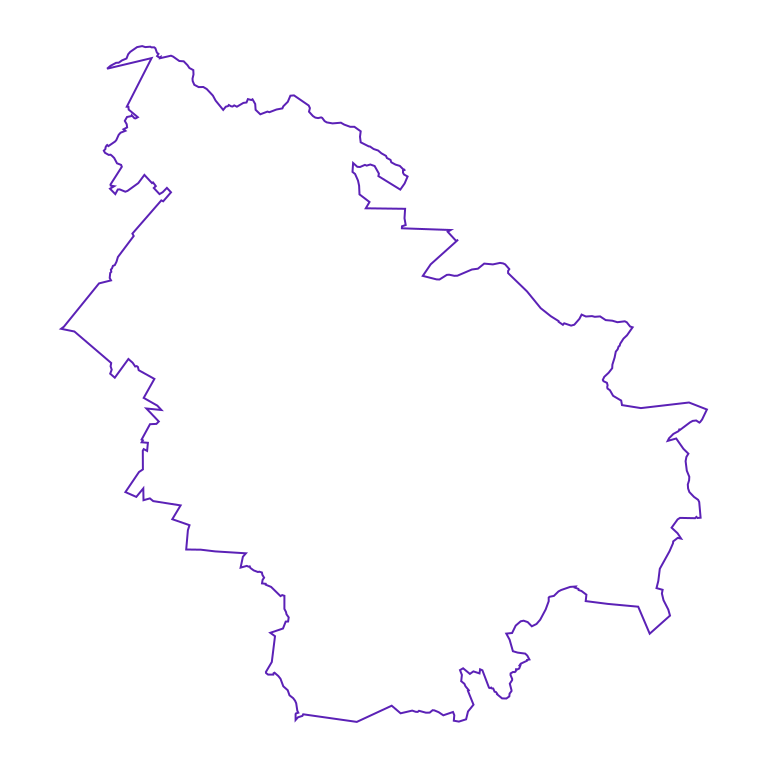 Singuilucan, Hidalgo, Mexico (orthographic projection)
{"feature_id": "50627088B74262052277311", "entity_name": "Singuilucan", "entity_type": "district", "adm_level": 2, "iso_a3": "MEX", "parent_name": "Mexico", "parent_adm1": "Hidalgo", "projection": "orthographic", "projection_center": [-98.495, 19.998], "detail": "fine", "context": "isolated", "style": "outline", "palette": "violet", "viewbox_px": 768, "rotation_deg": 0, "n_neighbors": 0, "source": "geoboundaries", "source_scale": "gbopen_adm2", "svg_char_len": 6082}
<svg xmlns="http://www.w3.org/2000/svg" viewBox="0 0 768 768"><path d="M315.3,117.6L312.9,116.0L309.0,111.7L309.9,108.1L308.7,105.5L294.0,95.4L290.4,95.7L287.8,101.8L283.3,106.3L282.4,108.4L276.5,109.5L269.4,112.2L267.4,111.6L260.3,114.3L255.6,109.8L255.2,104.0L252.5,99.3L251.3,100.0L247.9,99.1L246.5,102.5L243.4,102.9L236.9,106.7L234.2,105.4L232.6,106.5L231.1,106.3L228.8,105.0L228.0,106.1L225.8,106.7L223.2,109.9L215.6,100.6L212.9,95.6L206.7,89.0L203.3,87.0L198.7,87.1L194.3,84.8L192.7,81.1L192.5,78.7L193.5,74.5L193.3,70.1L189.4,68.0L187.5,65.2L183.7,61.3L179.3,61.0L173.1,56.6L171.0,55.7L160.1,58.2L160.5,56.9L159.2,57.5L157.1,56.1L158.5,53.9L156.9,52.6L155.4,48.3L154.2,47.3L151.3,47.3L150.3,46.7L145.3,47.1L142.2,46.1L137.1,47.1L130.3,51.8L128.2,54.2L126.5,58.5L122.0,60.4L118.7,62.7L116.1,62.8L110.5,65.8L107.1,68.7L151.6,58.1L126.8,106.7L128.4,106.8L128.7,109.6L137.8,117.2L135.6,118.4L134.4,118.2L131.8,115.4L131.7,116.0L127.0,117.0L124.8,120.9L126.7,124.2L127.1,127.4L123.5,129.3L125.4,130.8L120.6,132.7L118.7,134.8L116.3,140.1L115.1,141.5L108.4,146.1L107.2,145.0L106.6,145.5L105.6,147.2L105.4,149.0L103.8,150.7L105.0,152.8L108.7,154.9L110.6,154.7L112.2,156.0L114.2,158.0L117.0,163.3L121.1,164.9L121.8,166.8L110.5,184.5L110.7,185.6L114.2,186.2L110.0,188.7L115.3,194.1L117.8,189.5L119.7,189.4L125.3,191.7L127.5,190.9L138.3,183.1L144.4,174.9L152.0,183.1L153.0,182.4L154.4,184.2L155.8,186.1L153.8,188.0L159.5,194.1L162.7,192.2L166.9,187.9L171.0,192.3L163.2,201.3L161.3,200.4L132.4,233.6L133.7,236.0L117.9,257.0L116.5,261.7L114.8,265.1L112.9,265.9L112.0,268.4L110.9,269.6L111.3,271.8L110.2,273.0L109.7,278.0L111.0,280.4L99.0,283.4L63.9,326.7L61.1,328.8L74.4,331.5L111.2,363.0L110.6,366.3L111.7,369.7L110.2,373.7L114.8,377.7L128.4,359.0L132.7,362.8L135.2,366.5L136.7,366.1L137.9,367.0L138.7,370.2L154.4,378.9L143.7,397.9L157.3,405.6L161.4,410.0L146.4,408.5L158.8,421.5L156.4,423.9L150.0,424.2L141.6,439.6L142.9,440.3L141.7,442.3L147.9,442.8L147.1,450.9L143.7,449.1L142.8,450.7L142.9,469.4L139.0,472.0L125.4,492.1L136.3,496.9L143.3,488.4L143.5,500.2L149.9,498.4L153.2,501.1L180.6,505.4L172.3,519.2L189.5,525.2L187.9,530.2L186.2,549.5L200.9,549.7L215.2,551.4L245.9,553.3L242.9,556.7L240.6,567.6L246.8,565.9L248.6,566.7L249.7,566.4L250.4,568.0L253.7,570.4L257.9,572.0L259.3,571.7L261.9,572.5L262.4,574.9L264.1,577.7L262.6,579.8L262.0,583.4L265.7,583.8L265.7,584.7L271.1,586.9L280.5,596.1L282.2,595.1L284.4,595.8L284.4,608.9L286.0,612.0L286.5,614.3L288.7,617.4L288.1,621.5L285.7,621.6L283.0,628.5L270.3,632.8L275.0,636.2L271.8,662.0L265.9,672.0L266.1,673.1L268.1,674.6L273.3,674.6L273.6,673.2L274.5,672.7L278.3,676.0L280.5,678.8L283.3,686.3L287.7,690.2L289.5,695.3L293.2,698.2L295.1,700.8L296.2,703.3L297.3,710.7L298.3,712.7L296.0,713.4L295.6,714.1L295.6,720.0L298.0,717.3L302.4,715.9L303.2,714.3L356.8,721.9L391.7,705.7L400.6,713.3L412.2,710.6L415.7,711.8L417.7,711.9L419.0,710.8L426.0,712.7L429.7,712.6L432.6,710.2L434.4,710.4L438.7,712.2L443.3,715.3L453.0,712.0L454.3,715.2L453.8,720.7L458.9,721.6L466.1,719.3L468.0,711.5L473.5,704.7L467.9,690.8L468.8,690.3L465.5,686.3L464.4,683.8L461.2,681.2L461.9,674.9L460.0,670.1L463.1,668.3L469.9,673.9L473.4,671.4L479.5,673.4L480.1,669.3L482.4,670.3L489.0,687.7L490.0,688.1L491.2,687.6L491.8,688.4L493.2,688.5L494.6,691.7L496.0,692.1L497.2,693.7L497.0,694.2L502.1,698.4L506.4,698.5L509.3,696.4L509.6,693.6L511.5,691.1L511.5,690.2L509.8,683.7L512.1,680.2L512.2,679.0L510.5,675.0L510.6,673.4L513.0,672.0L514.8,672.1L515.7,671.4L516.1,669.2L516.8,669.3L516.7,669.8L519.2,668.5L520.4,665.4L519.6,665.3L520.7,663.7L526.9,660.8L527.0,660.0L529.4,659.5L527.3,655.6L525.2,653.6L517.6,652.6L512.9,651.2L509.6,639.7L506.3,633.6L512.1,633.0L515.7,625.6L520.7,621.3L523.6,620.7L527.7,622.1L531.8,626.3L536.5,624.0L540.2,619.7L545.7,609.4L548.7,601.2L548.7,597.6L549.5,596.8L553.9,595.9L558.5,591.4L561.2,590.0L570.2,586.9L575.7,586.5L574.9,587.6L578.4,588.9L578.6,590.0L581.5,591.0L586.4,594.7L585.7,601.1L607.8,603.9L638.2,606.7L649.7,633.7L670.0,615.6L668.3,609.6L663.5,600.2L661.9,593.5L662.6,589.8L656.5,588.1L658.3,581.0L659.8,568.8L669.5,551.3L673.0,543.3L673.2,541.4L677.7,537.9L681.1,538.6L677.6,533.3L671.6,527.7L677.6,519.4L680.0,517.9L695.1,518.2L696.4,516.9L697.5,518.0L700.6,517.7L699.2,502.0L698.1,499.8L694.0,496.9L689.4,492.1L688.1,488.5L687.8,484.5L689.1,480.3L689.3,476.8L686.8,470.7L685.6,461.2L686.4,456.9L688.4,453.7L683.4,448.8L676.2,438.5L667.7,440.9L669.0,438.3L673.4,433.9L678.6,431.1L679.3,429.5L680.0,429.9L690.0,422.4L692.7,420.9L696.2,420.5L699.4,422.6L700.1,422.1L702.1,419.5L706.9,409.5L689.0,402.5L640.9,408.1L622.0,405.1L621.2,400.6L613.1,395.8L609.9,390.2L607.5,388.5L607.2,387.0L607.6,385.2L606.9,382.8L603.5,381.2L602.8,379.9L604.3,376.8L608.6,372.8L612.2,368.2L612.4,364.6L614.6,357.6L615.8,351.6L617.6,349.4L618.6,346.5L619.7,345.7L620.2,343.7L623.5,338.6L627.0,335.3L632.6,327.3L630.1,326.5L626.8,322.3L624.8,321.3L617.4,322.2L612.3,320.7L605.7,320.1L600.1,316.4L594.8,316.8L592.0,316.1L585.9,316.5L581.6,314.6L579.4,318.9L574.3,324.7L571.1,325.6L564.2,323.3L562.9,324.8L558.6,321.8L558.6,321.1L550.8,316.2L540.7,308.2L527.0,291.4L508.1,273.1L508.1,270.9L509.3,269.1L505.2,264.4L503.1,263.4L500.0,262.9L492.9,264.4L484.2,263.6L477.9,268.7L471.9,269.5L457.4,275.7L454.3,275.8L449.1,274.7L446.8,274.9L439.5,279.5L436.6,279.4L422.8,275.9L430.7,264.3L458.1,239.7L456.2,241.0L447.7,231.8L450.7,230.0L401.9,228.3L402.0,226.3L405.7,225.0L404.5,218.3L405.1,208.8L365.8,208.3L369.5,202.0L359.5,194.4L359.1,185.7L358.0,180.6L355.1,174.0L352.5,171.9L353.1,163.0L357.3,166.8L360.0,167.0L364.9,164.9L366.7,165.6L370.3,164.5L374.6,166.0L378.9,173.6L378.4,176.1L400.3,189.6L404.6,183.5L407.6,176.5L404.0,174.5L403.0,172.7L403.0,170.6L404.5,170.0L404.3,169.6L403.2,169.3L399.8,165.9L395.5,164.6L391.3,162.3L390.5,159.9L386.9,158.0L386.0,155.9L381.4,153.3L378.1,150.5L373.6,149.0L370.0,146.5L368.8,146.4L360.7,142.3L360.0,136.7L360.7,131.3L354.4,126.8L350.2,126.8L344.2,124.6L340.9,122.7L332.6,123.4L326.8,122.4L324.6,121.1L322.2,117.9L321.1,117.4L318.1,118.1L315.3,117.6Z" fill="none" stroke="#5b21b6" stroke-width="2"/></svg>